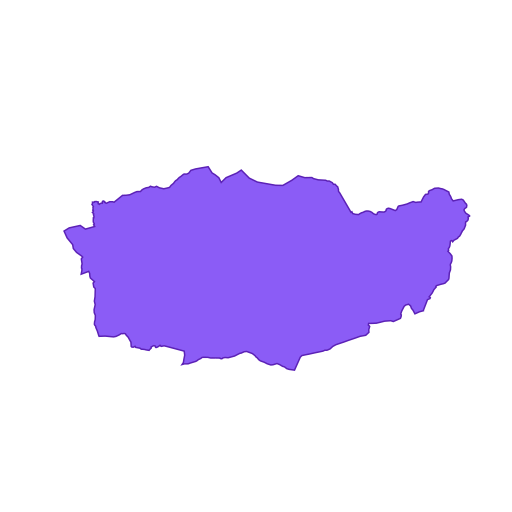 Cicanesti, Arges, Romania, rotated 114°
{"feature_id": "2599482B56570346904834", "entity_name": "Cicanesti", "entity_type": "district", "adm_level": 2, "iso_a3": "ROU", "parent_name": "Romania", "parent_adm1": "Arges", "projection": "mercator", "projection_center": [24.6, 45.264], "detail": "fine", "context": "isolated", "style": "filled", "palette": "violet", "viewbox_px": 512, "rotation_deg": 114, "n_neighbors": 0, "source": "geoboundaries", "source_scale": "gbopen_adm2", "svg_char_len": 5252}
<svg xmlns="http://www.w3.org/2000/svg" viewBox="0 0 512 512"><g transform="rotate(114 256 256)"><path d="M311.3,441.5L316.3,435.9L320.2,428.1L323.5,425.9L325.7,421.4L326.9,415.4L327.5,413.9L329.7,414.4L334.0,411.6L335.7,411.4L338.0,410.5L338.4,409.9L340.0,409.2L343.7,408.3L338.1,402.6L339.5,400.9L342.1,399.5L343.5,398.3L345.1,393.2L347.0,393.8L350.3,391.6L351.1,389.6L358.6,386.5L363.0,385.3L365.9,383.1L370.9,382.1L373.6,380.7L375.6,378.6L378.3,377.5L379.6,377.0L381.8,376.7L384.1,375.9L384.8,375.1L385.3,374.0L386.6,373.1L389.1,370.4L392.4,367.5L393.2,366.7L390.5,361.2L388.6,355.5L387.8,353.2L386.4,351.2L383.6,348.8L381.7,347.6L381.2,346.2L380.4,345.0L380.2,343.6L381.1,342.4L382.2,339.7L383.9,337.5L385.6,335.2L389.4,333.2L389.7,332.2L389.0,330.7L387.7,329.8L388.4,328.7L387.4,324.5L387.7,323.4L387.8,322.9L387.1,321.1L386.6,319.4L386.5,318.4L385.7,315.3L385.0,315.2L382.7,314.3L381.8,314.8L381.6,314.6L380.3,313.7L379.4,312.8L379.3,311.3L380.0,310.9L380.3,310.4L380.2,310.0L379.6,309.3L378.2,308.2L376.6,307.4L376.6,306.9L377.0,306.6L377.1,305.8L375.4,303.4L374.8,299.9L373.2,289.9L372.1,282.9L375.6,280.8L379.5,279.9L382.9,279.0L385.2,279.4L383.7,277.6L382.9,275.8L382.0,274.0L380.6,272.6L376.8,268.2L375.8,267.4L374.1,266.5L372.0,264.7L370.8,264.2L370.1,263.2L368.2,258.9L367.6,255.9L365.5,251.3L364.0,247.7L364.1,246.1L363.5,245.2L362.5,244.7L361.3,243.0L360.3,240.1L359.1,238.6L356.1,234.9L353.1,232.5L351.4,231.1L350.7,230.0L348.3,227.9L347.0,225.7L346.6,219.7L347.4,216.4L348.2,215.0L348.5,213.5L349.6,211.3L350.0,209.3L349.7,205.2L349.9,202.0L349.5,198.1L348.4,196.2L345.7,193.1L345.6,190.9L345.6,189.8L346.0,186.9L345.7,184.9L346.4,182.1L346.1,179.6L344.6,174.4L339.2,174.4L334.8,174.4L330.4,174.4L328.3,173.6L326.1,170.6L324.0,167.6L322.3,165.3L320.6,163.0L316.5,157.3L315.5,156.0L314.0,154.7L313.5,153.4L312.9,152.5L310.7,150.5L307.4,149.1L304.5,146.9L302.1,144.3L298.9,140.8L295.6,137.4L290.9,132.3L287.0,128.2L283.8,123.5L279.8,121.8L277.5,123.0L274.1,123.5L273.8,124.0L273.7,124.9L273.4,125.3L271.8,125.7L270.3,122.5L268.4,118.7L265.8,115.3L263.2,112.0L260.3,106.6L260.0,103.9L255.6,99.9L254.2,98.7L252.4,98.8L250.7,99.3L250.2,100.2L246.9,100.5L241.7,100.2L239.9,99.3L238.0,97.0L238.7,94.5L240.6,92.7L241.7,90.5L244.2,87.3L240.4,83.9L237.9,80.8L237.6,81.0L226.1,81.6L224.2,79.8L223.2,79.8L222.9,81.2L218.1,80.0L214.3,79.8L211.1,78.8L210.6,79.4L210.3,79.3L209.6,79.0L206.7,75.7L205.2,73.7L203.9,72.3L199.1,70.5L197.8,70.7L195.1,71.7L192.8,72.5L189.6,72.7L186.7,73.8L185.1,74.9L183.9,75.1L182.9,74.9L180.9,75.1L178.5,75.9L176.3,77.0L175.0,79.3L173.6,82.6L172.4,82.3L171.9,82.8L171.0,83.2L169.7,82.9L168.2,83.0L167.3,83.2L165.6,83.7L164.2,84.2L163.2,84.4L162.3,83.5L162.3,83.1L163.0,82.1L162.6,82.0L161.1,81.6L159.2,80.1L157.9,79.1L157.7,79.1L156.6,78.9L156.2,78.8L155.4,78.3L155.1,78.1L152.8,77.8L151.0,77.8L149.9,77.6L149.5,77.8L149.0,77.6L146.6,76.9L142.5,77.1L141.2,77.8L139.6,78.3L138.8,77.6L137.2,77.0L135.6,77.2L134.1,78.2L132.8,77.1L132.3,77.3L132.0,78.9L131.8,79.9L131.6,81.6L130.8,83.0L129.9,84.3L129.0,84.8L127.8,84.6L125.9,83.5L124.0,84.0L123.0,84.9L122.6,86.2L120.6,89.4L120.5,91.2L122.2,94.0L125.5,98.3L124.2,100.7L122.9,101.9L122.0,103.0L121.0,104.5L119.1,105.9L119.0,108.3L118.8,111.4L118.9,113.1L119.3,114.7L119.7,117.0L121.5,120.4L123.8,122.1L125.8,124.2L126.9,124.6L128.5,123.9L129.6,124.2L130.8,126.2L133.8,126.9L137.4,127.1L139.5,127.2L140.9,130.0L142.1,131.9L142.4,134.6L145.1,137.4L146.9,139.0L150.1,142.9L152.1,145.8L152.9,146.3L156.4,146.3L157.9,147.3L157.9,148.5L158.1,152.6L158.4,154.3L159.2,155.3L160.1,155.9L160.8,155.9L161.6,155.6L162.7,156.0L163.8,156.9L164.9,159.8L165.4,161.3L166.1,162.1L167.1,162.6L168.5,162.4L169.3,163.0L169.6,164.5L169.6,165.9L169.0,168.0L168.9,169.9L169.3,171.8L170.1,173.6L170.9,174.6L172.6,176.0L173.7,177.3L175.3,178.5L176.4,179.1L177.5,182.2L177.9,184.9L176.6,186.4L177.5,186.9L164.3,205.2L163.4,206.9L161.6,207.8L159.5,209.6L159.3,210.7L158.3,212.9L159.0,214.4L158.0,216.1L157.7,219.6L158.5,221.2L158.5,223.2L161.1,230.1L161.9,234.9L161.6,236.9L164.6,243.3L165.5,250.1L172.3,254.1L180.6,260.2L183.4,266.8L187.9,284.8L187.6,293.8L183.5,304.4L188.1,307.3L196.6,315.2L203.0,317.7L199.6,321.8L198.4,326.6L198.0,329.9L193.9,336.0L197.5,341.4L201.1,346.7L204.2,350.3L207.8,351.2L209.5,352.8L210.3,354.9L210.9,355.5L214.1,357.1L215.4,358.0L217.2,358.7L218.1,358.9L220.0,360.1L221.3,360.5L223.2,360.9L226.0,362.3L228.5,362.9L229.9,364.6L232.1,367.6L233.0,372.0L232.8,375.2L234.5,376.7L235.1,379.3L235.2,380.8L236.9,381.8L238.4,384.1L240.3,385.9L241.8,387.0L244.1,387.8L245.6,391.0L247.2,392.6L251.4,396.2L253.3,399.3L254.9,402.6L263.7,407.1L264.6,407.5L264.7,408.9L265.9,411.7L268.7,414.2L268.6,415.9L268.2,415.8L267.7,417.5L268.4,418.4L269.0,418.4L269.9,417.9L270.3,417.9L270.3,418.4L271.7,419.9L272.5,420.1L272.3,421.0L272.5,421.3L271.9,421.8L270.8,422.0L271.2,424.1L272.0,425.6L272.6,425.6L273.3,427.3L274.7,426.6L275.5,426.9L277.1,424.6L278.0,424.7L279.3,423.9L279.9,423.9L280.4,423.2L280.9,423.5L281.5,422.7L282.4,422.8L282.7,423.1L283.6,421.3L284.3,421.4L285.6,420.2L287.1,419.7L287.3,420.1L290.5,418.8L291.5,418.1L292.3,416.9L293.2,416.7L293.5,417.0L294.7,415.4L300.8,422.8L299.6,429.0L306.3,438.1L311.3,441.5Z" fill="#8b5cf6" stroke="#5b21b6" stroke-width="1.5"/></g></svg>